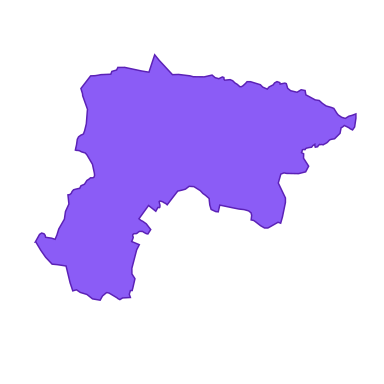 Shanono, Kano, Nigeria (orthographic projection), rotated 107°
{"feature_id": "59680162B7876035432306", "entity_name": "Shanono", "entity_type": "district", "adm_level": 2, "iso_a3": "NGA", "parent_name": "Nigeria", "parent_adm1": "Kano", "projection": "orthographic", "projection_center": [7.967, 12.098], "detail": "fine", "context": "isolated", "style": "filled", "palette": "violet", "viewbox_px": 384, "rotation_deg": 107, "n_neighbors": 0, "source": "geoboundaries", "source_scale": "gbopen_adm2", "svg_char_len": 3655}
<svg xmlns="http://www.w3.org/2000/svg" viewBox="0 0 384 384"><g transform="rotate(107 192 192)"><path d="M71.7,267.8L90.0,268.2L91.0,275.6L92.5,292.8L94.4,298.8L94.5,299.3L97.4,299.8L100.1,303.9L103.1,304.1L106.4,313.4L107.8,316.0L109.1,318.7L110.6,322.9L125.5,328.5L130.1,325.4L131.9,324.7L143.5,316.1L145.1,315.8L157.7,313.0L164.9,312.6L168.1,312.8L169.0,313.5L170.0,314.8L172.4,316.6L175.1,317.1L180.8,316.2L184.0,316.0L186.0,315.8L186.0,314.8L185.8,314.1L185.4,311.8L185.9,309.4L185.9,306.8L185.9,305.4L187.4,303.1L194.6,295.3L202.5,290.9L204.7,290.0L206.3,290.0L207.3,290.8L207.8,292.1L208.1,293.2L209.7,294.2L211.7,295.9L216.0,297.1L218.5,300.0L221.4,300.5L221.8,301.5L223.4,304.2L224.5,305.9L226.5,306.8L228.6,307.1L230.2,308.1L231.0,309.8L239.5,306.2L247.6,307.3L255.3,306.1L266.3,308.6L272.6,308.6L277.3,309.1L277.2,312.7L278.1,318.8L276.4,319.7L275.2,321.3L275.2,323.8L277.1,325.4L285.6,327.2L285.4,326.8L292.1,319.4L297.2,312.9L301.9,304.7L300.8,299.3L299.6,290.8L314.5,282.0L321.4,277.1L319.3,273.9L320.7,269.5L320.7,262.5L323.3,255.9L322.3,248.2L317.6,247.2L313.2,244.3L313.0,243.5L312.9,241.7L315.1,232.8L315.6,231.7L316.0,229.5L313.6,227.4L310.9,220.1L308.1,222.1L304.3,222.1L303.7,220.4L303.0,220.5L301.4,220.5L291.6,221.2L288.6,224.7L287.9,225.5L282.6,227.2L263.5,228.0L257.8,227.0L257.0,235.2L255.1,235.0L253.4,234.9L252.3,235.0L251.4,235.9L250.0,236.1L249.1,235.6L248.6,234.7L248.2,233.3L247.4,232.4L246.1,231.6L245.1,230.8L244.7,229.6L244.2,227.8L244.8,225.6L245.2,223.4L245.0,221.9L240.0,220.5L238.3,222.9L235.8,226.4L234.4,230.6L234.1,232.5L233.1,234.9L217.6,229.6L221.0,221.0L217.3,220.2L216.9,220.1L216.6,219.9L216.6,219.2L216.5,218.6L216.2,218.4L215.8,218.4L215.0,218.5L214.3,218.7L213.2,219.2L212.2,219.9L211.5,220.2L210.7,220.6L210.2,220.3L210.0,219.9L209.9,218.2L210.0,216.9L210.5,215.3L210.6,214.0L211.5,212.0L202.9,208.8L195.3,205.9L193.2,202.2L191.2,199.1L187.4,196.4L186.3,191.7L188.3,184.4L190.2,181.2L191.2,178.2L193.2,173.7L194.8,173.1L199.2,171.2L203.1,168.6L203.8,163.5L203.3,161.1L196.4,161.6L195.2,148.3L194.6,142.4L194.3,140.7L193.6,137.0L193.5,132.3L194.7,129.4L196.9,128.1L201.4,127.3L201.2,124.7L201.5,123.7L201.7,123.1L204.2,116.5L205.2,112.2L204.2,108.9L202.7,107.4L195.8,100.9L195.9,98.1L189.6,98.2L174.7,99.6L170.4,100.9L158.2,112.1L148.9,112.3L146.8,109.6L146.6,107.1L143.3,95.5L139.5,89.2L133.2,88.0L127.1,95.2L122.8,96.4L122.5,98.0L122.3,98.8L121.9,98.8L121.6,98.8L121.2,98.7L120.9,98.7L120.6,98.6L120.4,98.7L120.0,98.8L119.6,98.8L119.3,98.7L119.2,98.5L118.9,98.2L118.7,97.6L118.6,97.3L118.5,97.0L118.4,96.8L118.5,96.4L118.3,96.2L118.1,96.2L117.8,96.1L117.6,96.1L117.3,96.0L116.9,95.7L116.7,95.4L116.4,95.0L115.2,92.9L114.2,90.7L112.3,90.0L110.5,88.5L111.7,88.1L113.1,87.2L112.0,85.1L110.8,84.8L109.2,83.9L109.2,83.1L108.7,82.1L108.5,80.3L107.6,79.6L106.9,78.8L106.3,78.2L105.4,77.4L104.0,76.6L103.1,76.2L101.9,75.6L100.8,74.0L99.4,71.2L92.6,67.6L87.0,68.2L85.8,67.0L83.9,65.8L84.2,63.5L84.7,60.7L85.3,59.1L85.7,56.6L82.3,55.5L82.2,55.5L73.6,56.8L69.4,58.1L72.0,61.5L73.6,64.1L76.8,66.9L76.8,70.7L75.6,74.6L74.4,76.4L70.6,80.8L70.4,83.2L70.5,89.0L69.1,93.3L67.3,97.1L67.9,101.2L66.5,107.8L65.8,111.5L61.9,113.5L62.3,117.5L65.9,120.7L66.3,127.3L64.9,130.8L60.8,133.5L60.7,135.0L63.0,139.3L61.7,140.0L61.6,143.0L63.5,144.9L65.8,145.7L69.0,149.0L71.6,150.1L71.0,155.1L69.4,158.0L69.4,168.3L70.4,171.6L72.4,172.5L75.6,174.4L76.8,175.5L77.3,177.0L75.8,180.2L75.2,182.7L73.7,185.6L73.4,188.4L75.5,193.4L75.0,194.2L73.2,195.0L73.1,196.6L75.8,199.5L75.9,203.3L74.3,207.0L78.3,213.9L81.4,224.4L81.5,227.9L83.5,239.2L85.5,245.0L75.8,261.7L71.7,267.8Z" fill="#8b5cf6" stroke="#5b21b6" stroke-width="1.5"/></g></svg>